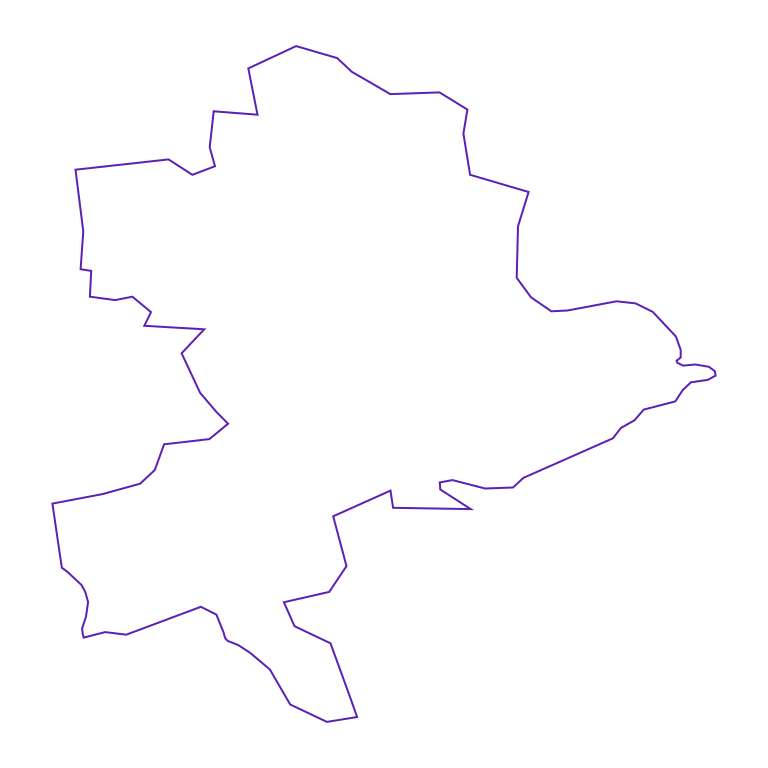 Limbaži, Robinson projection
{"feature_id": "LVA-1086", "entity_name": "Limbaži", "entity_type": "Municipality", "adm_level": 1, "iso_a3": "LVA", "parent_name": "Latvia", "parent_adm1": "", "projection": "robinson", "projection_center": [24.697, 57.497], "detail": "fine", "context": "isolated", "style": "outline", "palette": "violet", "viewbox_px": 768, "rotation_deg": 0, "n_neighbors": 0, "source": "natural_earth", "source_scale": "10m", "svg_char_len": 1340}
<svg xmlns="http://www.w3.org/2000/svg" viewBox="0 0 768 768"><path d="M61.8,567.6L52.4,503.6L102.8,494.0L140.1,483.7L154.8,470.0L164.1,444.3L209.4,439.1L228.1,423.7L216.1,411.6L200.1,392.8L181.6,353.3L204.2,329.3L144.3,325.8L151.0,312.1L132.4,296.7L115.1,300.1L89.9,296.7L91.2,270.9L80.6,269.2L83.3,231.4L75.5,169.7L168.5,159.4L192.4,174.8L215.0,166.2L209.7,147.3L213.7,111.3L257.5,114.7L248.3,68.4L296.1,46.1L337.2,58.1L351.8,71.8L390.3,94.1L439.5,92.4L467.4,109.6L463.4,133.6L470.1,174.8L528.6,192.0L518.0,226.3L516.7,277.8L531.0,297.3L551.3,311.3L567.4,310.5L616.5,301.3L635.6,303.4L652.8,311.9L675.9,336.5L680.7,349.9L680.7,357.5L676.6,360.7L677.3,362.8L683.1,365.6L695.4,364.5L708.9,366.8L714.9,371.2L715.6,375.6L707.8,379.9L690.9,382.3L682.6,390.2L675.3,401.4L643.7,409.6L634.5,420.3L621.0,427.9L612.9,438.3L523.5,477.8L513.0,487.5L485.0,488.5L452.5,480.1L439.8,482.4L440.3,489.5L470.7,509.1L393.1,507.8L390.5,490.6L333.2,516.3L346.5,566.1L329.2,591.9L283.9,602.2L294.5,626.2L330.5,643.3L350.5,698.3L357.1,717.0L326.9,721.9L290.2,704.5L269.9,669.5L250.2,652.9L238.3,645.1L227.7,640.9L225.2,638.2L223.5,632.3L216.4,614.6L200.8,606.8L126.2,634.7L115.8,633.4L105.1,632.1L83.7,637.6L82.7,633.7L82.1,628.4L86.0,616.6L88.1,602.0L85.2,591.8L81.6,585.1L67.5,571.9L62.1,567.9L61.8,567.6Z" fill="none" stroke="#5b21b6" stroke-width="2"/></svg>